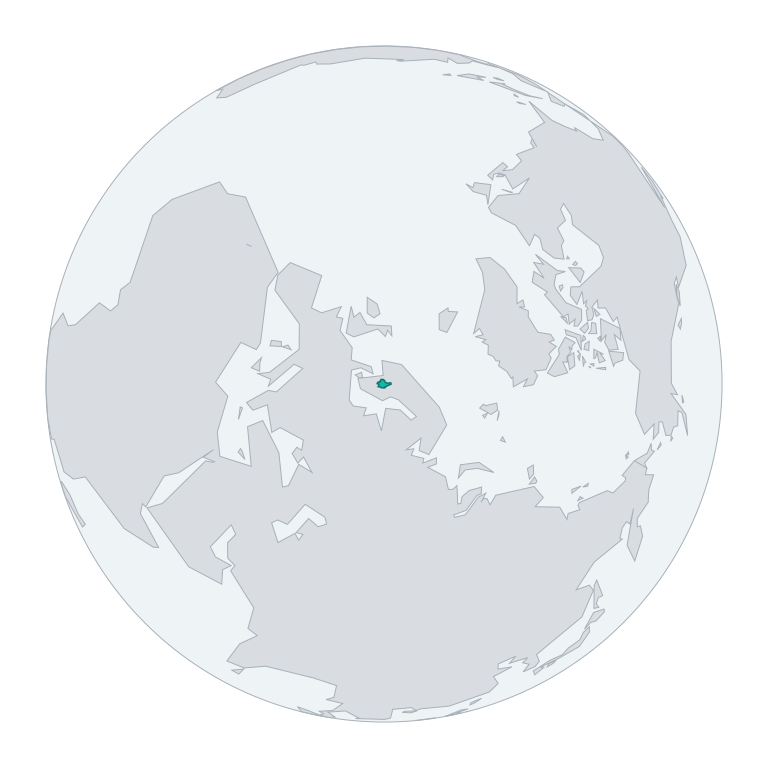 Värmland on an orthographic globe, rotated 101°
{"feature_id": "SWE-188", "entity_name": "Värmland", "entity_type": "County", "adm_level": 1, "iso_a3": "SWE", "parent_name": "Sweden", "parent_adm1": "", "projection": "orthographic", "projection_center": [13.103, 59.9], "detail": "fine", "context": "on_globe", "style": "filled", "palette": "teal", "viewbox_px": 768, "rotation_deg": 101, "n_neighbors": 0, "source": "natural_earth", "source_scale": "10m", "svg_char_len": 12349}
<svg xmlns="http://www.w3.org/2000/svg" viewBox="0 0 768 768"><g transform="rotate(101 384 384)"><circle cx="384" cy="384" r="338" fill="#eef3f6" stroke="#a8b0b8"/><path d="M46.4,368.9L46.8,371.4L49.7,353.0L50.5,344.3L49.6,342.5L55.0,310.9L60.7,292.7L97.1,206.5L105.1,194.6L111.8,187.2L157.3,142.1L122.1,172.7L133.5,159.7L148.8,145.3L147.8,147.5L168.3,132.8L183.0,121.4L209.9,110.0L232.6,113.3L223.3,117.4L229.8,118.3L242.0,113.4L248.4,110.0L287.3,110.3L328.4,102.1L338.6,93.8L338.5,100.5L356.2,81.8L376.8,76.1L355.1,86.2L354.1,90.2L368.9,87.8L371.1,91.5L379.5,92.6L380.8,97.4L368.1,103.5L368.7,106.9L379.1,105.1L386.9,109.2L371.6,111.2L383.7,118.7L364.7,131.5L322.4,135.1L313.3,148.1L273.8,168.0L278.9,170.9L267.1,181.1L268.6,188.4L260.8,190.5L268.8,194.6L275.6,191.3L281.3,192.1L282.9,196.3L273.2,199.5L271.0,197.9L269.0,201.1L263.5,201.0L267.1,203.4L255.2,207.2L269.1,209.8L261.4,218.1L253.0,219.0L251.2,210.6L227.1,193.5L218.0,192.7L207.0,199.5L191.7,229.3L182.8,232.2L172.6,242.3L178.7,244.1L188.8,237.1L197.7,243.6L209.0,234.8L214.3,236.3L227.1,231.1L227.9,241.0L221.8,253.7L211.3,258.8L208.3,264.7L220.6,267.6L203.2,285.1L195.5,311.2L190.7,315.1L177.2,308.0L171.4,287.8L154.0,280.6L168.0,294.8L155.7,305.1L154.9,311.0L157.2,316.3L162.9,316.3L159.3,322.0L144.0,309.6L147.1,304.2L151.9,308.0L149.1,298.8L138.7,291.5L133.3,297.8L123.3,281.6L119.3,286.1L114.9,285.4L122.0,279.2L109.1,290.3L96.6,276.3L78.8,295.7L93.2,269.4L96.5,256.6L99.0,243.3L95.9,246.1L103.3,226.0L102.9,215.3L92.4,222.6L81.6,239.2L74.5,259.9L77.1,260.1L74.6,273.8L66.1,279.0L60.1,307.4L54.8,316.8L51.7,330.8L51.2,342.2L49.9,358.8L52.6,361.4L55.3,373.1L51.7,383.4L56.1,382.9L55.6,396.4L63.3,426.9L61.8,426.9L67.7,464.6L80.0,497.5L82.8,511.2L80.8,512.4L86.4,523.2L86.6,526.3L114.2,567.9L132.7,593.6L135.1,602.8L125.4,598.5L128.0,604.6L112.1,584.6L97.7,563.5L85.0,541.4L73.9,518.3L64.7,494.5L57.2,470.1L51.7,445.2L48.0,419.9L46.2,394.4L46.4,368.9ZM73.8,300.0L67.4,338.3L66.2,322.3L67.3,324.0L70.0,313.0L73.3,295.7L73.6,282.7L73.8,300.0ZM81.8,304.0L82.6,298.1L82.5,303.1L81.8,304.0ZM250.9,108.1L242.0,113.0L230.2,116.3L237.3,111.7L250.9,108.1ZM273.5,103.6L270.0,106.6L263.0,104.6L267.2,103.5L273.5,103.6ZM345.5,87.4L337.9,89.4L344.5,86.3L345.5,87.4ZM380.4,92.0L381.9,90.3L385.6,91.7L380.4,92.0ZM225.7,226.0L226.3,228.5L223.6,228.2L225.7,226.0ZM230.7,221.6L227.1,219.5L228.9,217.0L231.1,218.4L230.7,221.6ZM391.1,100.3L396.6,103.3L388.8,101.3L391.1,100.3ZM234.6,224.8L232.6,213.1L235.9,208.9L246.9,210.7L234.6,224.8ZM398.4,105.7L412.0,113.2L416.4,110.0L411.5,123.6L401.6,112.4L391.2,110.4L397.8,108.9L398.4,105.7ZM277.1,188.5L269.9,192.2L274.5,185.3L277.1,188.5ZM278.6,184.0L284.5,162.8L295.9,159.8L291.6,167.3L305.2,160.7L307.9,169.6L301.0,175.3L293.1,175.3L300.1,178.8L278.6,184.0ZM406.6,130.2L408.0,133.1L404.1,131.3L406.6,130.2ZM284.0,191.9L284.1,187.8L294.0,184.8L295.5,192.7L291.8,191.1L284.0,191.9ZM307.5,154.8L315.1,154.2L319.3,161.2L322.8,162.0L308.9,169.6L307.5,154.8ZM290.3,193.9L295.9,196.8L292.7,202.1L284.5,195.9L290.3,193.9ZM296.0,180.8L300.7,179.9L298.5,182.9L296.0,180.8ZM284.2,223.1L284.2,217.8L289.3,215.7L284.2,223.1ZM298.3,197.6L299.4,195.8L301.4,194.5L304.3,197.5L298.3,197.6ZM312.9,174.2L313.0,177.3L318.8,171.4L322.2,176.7L312.3,180.9L318.0,181.3L319.0,182.9L309.8,184.6L312.9,174.2ZM313.4,196.7L301.9,204.4L300.8,214.4L296.2,216.5L298.8,200.0L313.4,196.7ZM312.1,189.4L311.8,194.3L306.2,194.2L302.9,190.7L312.1,189.4ZM328.1,178.8L325.4,169.6L327.6,169.1L328.1,178.8ZM314.2,199.6L316.9,197.7L314.7,200.3L314.2,199.6ZM325.0,185.2L323.8,181.9L326.4,181.3L325.0,185.2ZM323.4,196.8L319.7,199.2L317.3,196.9L323.4,196.8ZM325.1,191.5L328.9,191.5L318.7,194.6L324.1,190.1L325.1,191.5ZM327.7,185.1L328.8,183.7L327.8,186.6L327.7,185.1ZM334.5,204.6L322.2,209.1L317.0,203.7L329.7,200.1L334.5,204.6ZM404.5,721.3L395.1,721.3L375.7,712.6L387.1,705.3L384.8,698.3L358.6,678.8L364.5,666.4L357.0,660.3L341.7,660.6L332.7,652.7L323.3,651.3L262.8,643.1L243.2,627.2L217.0,584.0L227.1,573.8L226.9,555.6L294.6,509.2L311.2,516.9L367.2,513.1L374.6,515.9L370.5,532.5L414.4,549.7L425.7,535.0L463.0,538.5L486.3,531.3L490.2,498.6L452.0,509.8L443.0,496.1L471.5,474.1L504.5,464.0L502.0,458.4L479.1,452.3L484.6,437.8L471.0,449.1L478.1,453.5L469.7,460.9L462.7,457.4L464.9,452.2L454.4,452.4L446.6,477.7L453.0,484.9L426.7,494.5L434.8,507.7L428.4,515.5L412.3,496.3L412.3,488.1L384.2,466.7L381.8,476.0L408.2,497.1L400.9,496.1L397.9,509.8L394.4,498.6L366.2,473.9L341.1,478.6L312.7,509.0L297.3,509.0L282.7,499.2L289.5,465.8L323.2,469.8L326.0,458.8L316.2,440.6L327.3,443.6L327.4,436.9L339.8,437.4L354.4,422.2L366.6,420.8L369.4,399.9L376.1,396.6L372.5,409.8L376.5,418.6L406.4,415.1L411.4,410.1L410.8,396.9L419.1,398.0L414.8,385.8L430.6,377.6L407.6,377.7L406.4,363.2L414.3,350.5L409.7,345.9L396.8,366.7L395.4,375.2L400.7,382.2L393.1,406.2L383.5,410.7L375.8,386.4L361.2,390.5L361.6,370.4L396.3,325.2L412.3,314.6L444.7,326.5L442.7,336.7L430.0,337.3L444.4,349.7L441.9,342.4L448.8,343.6L449.4,330.7L454.3,330.9L446.4,318.4L452.5,317.3L457.4,325.2L463.3,306.0L475.2,300.6L474.2,296.2L469.8,293.0L487.8,288.7L486.2,285.7L479.7,285.9L472.4,280.1L466.5,268.5L473.1,267.7L476.1,271.7L492.3,279.3L499.3,290.7L501.4,289.2L496.9,279.2L477.1,269.8L471.7,263.2L481.5,266.1L477.5,264.5L476.9,261.0L482.4,256.8L471.8,253.0L456.0,217.1L465.1,206.0L475.6,212.2L471.4,188.0L482.0,178.5L476.0,178.6L469.9,167.7L466.5,170.5L463.2,169.7L446.1,144.5L447.2,138.4L433.0,128.7L429.9,128.9L428.3,132.8L411.5,123.6L416.4,110.0L423.2,110.2L421.7,102.0L437.4,103.9L449.6,102.1L467.7,109.8L475.8,108.1L474.3,105.2L484.1,101.1L509.9,104.1L495.9,114.6L458.6,115.3L474.5,115.8L472.9,119.8L479.8,122.6L490.8,123.0L490.8,120.5L518.9,143.8L549.4,156.1L542.3,144.1L546.4,139.1L574.9,145.3L620.5,182.7L626.5,178.6L632.6,181.8L640.0,192.5L631.4,188.1L631.2,194.7L625.2,190.8L634.2,207.5L626.0,202.7L637.0,218.5L642.1,217.7L637.2,204.4L650.3,220.7L656.2,214.8L666.2,221.8L687.8,258.7L695.8,285.8L698.3,290.1L696.5,295.6L701.7,313.4L710.7,313.8L713.1,319.3L717.9,348.3L716.7,344.9L712.3,359.6L716.8,376.3L720.3,368.4L721.8,374.4L721.4,384.6L719.3,380.2L717.6,385.1L714.3,372.1L705.5,363.6L704.8,380.7L701.2,373.4L689.1,373.0L686.0,397.5L683.6,446.4L689.4,467.0L685.9,485.4L666.5,476.0L655.2,460.4L649.9,470.9L628.6,469.1L596.6,498.9L590.6,495.7L584.9,504.1L569.6,507.3L559.9,500.8L551.4,507.1L576.9,523.4L585.9,516.4L591.4,499.4L597.0,507.0L611.5,505.1L600.7,540.8L550.8,593.0L543.5,578.6L493.4,544.3L493.6,537.4L493.3,536.8L492.6,535.6L490.4,547.4L481.0,538.9L510.3,568.6L516.2,582.3L550.1,594.4L547.5,598.4L557.7,598.4L587.5,574.0L588.2,579.3L575.5,611.4L532.2,659.5L536.6,670.7L531.3,681.3L501.5,697.0L501.3,700.0L485.5,705.9L482.6,707.2L480.5,707.8L455.5,714.3L430.1,718.8L404.5,721.3ZM274.2,540.1L273.0,545.8L274.2,540.1ZM541.8,467.8L559.9,457.8L547.6,442.9L553.6,438.0L547.2,434.9L546.6,441.9L530.4,432.3L536.7,421.4L532.4,413.6L526.0,416.7L517.1,438.4L540.2,452.0L537.8,462.6L541.8,467.8ZM63.7,427.7L64.2,433.4L62.6,428.5L63.7,427.7ZM63.5,324.0L63.4,330.5L62.4,335.3L62.1,331.0L63.5,324.0ZM68.3,377.3L69.3,385.4L67.1,378.7L68.3,377.3ZM67.0,344.0L67.3,371.2L63.4,359.5L63.5,342.5L64.9,351.8L67.0,344.0ZM76.8,306.5L76.1,311.2L74.6,311.7L76.8,306.5ZM81.8,307.7L81.7,306.3L83.1,302.9L81.8,307.7ZM156.7,305.8L157.8,307.0L159.0,312.9L156.1,311.4L156.7,305.8ZM178.1,333.1L171.8,341.8L174.3,334.3L169.1,333.5L167.9,317.1L188.2,316.2L179.2,319.4L178.1,333.1ZM171.9,295.7L170.4,305.7L171.3,294.8L171.9,295.7ZM315.8,401.3L321.0,406.5L317.6,414.0L302.1,417.0L306.8,406.0L315.8,401.3ZM329.1,412.1L325.7,387.9L335.2,385.5L330.5,390.8L337.1,391.7L331.2,400.6L343.5,422.6L341.3,430.8L313.9,431.1L324.1,426.3L318.4,421.3L329.1,412.1ZM300.5,334.8L299.2,325.5L321.4,332.1L320.1,340.1L304.6,343.3L297.1,335.7L300.5,334.8ZM254.4,230.8L252.5,227.7L255.2,226.7L259.0,228.4L254.4,230.8ZM283.8,220.7L265.7,243.5L262.6,241.0L255.8,258.0L244.8,258.2L249.6,247.0L236.1,260.2L236.0,250.3L227.8,260.1L239.6,235.3L239.0,227.3L243.8,236.1L253.9,236.0L258.0,233.6L269.4,221.0L273.1,204.3L283.7,202.1L290.2,204.9L290.9,208.6L283.8,208.8L289.9,213.6L280.2,216.7L283.8,220.7ZM360.1,246.6L351.6,244.1L362.1,256.5L352.5,258.8L354.3,260.1L348.3,265.7L344.2,275.0L339.4,274.7L339.9,278.4L335.9,282.4L334.9,287.6L326.0,289.0L324.1,295.6L321.0,292.5L320.1,303.5L316.8,296.1L311.3,300.9L317.4,305.6L272.0,303.1L255.6,308.6L243.6,317.6L239.6,304.2L248.2,287.6L263.3,271.9L279.8,268.8L275.0,263.7L281.5,260.7L282.5,266.1L284.7,256.2L290.4,255.3L303.8,242.9L303.5,229.8L308.4,225.2L311.3,229.9L314.1,222.0L323.0,227.9L326.7,224.8L339.1,227.7L342.6,239.0L346.5,234.8L356.1,237.1L360.1,246.6ZM337.9,205.8L344.3,218.1L342.1,225.7L321.4,217.5L316.8,219.4L303.4,215.0L306.9,204.3L310.4,206.5L314.6,206.2L311.8,209.7L317.2,206.7L322.2,209.7L327.7,208.3L328.2,212.7L337.9,205.8ZM381.5,509.3L387.0,509.8L395.2,508.6L393.4,517.4L381.5,509.3ZM362.0,492.9L366.7,491.8L368.3,503.2L362.6,502.8L362.0,492.9ZM368.0,481.7L366.9,490.8L364.1,485.7L368.0,481.7ZM376.7,408.2L381.6,406.3L382.6,409.3L380.6,414.0L376.7,408.2ZM389.4,285.5L384.8,282.5L386.0,280.5L381.2,269.7L388.0,267.5L393.5,273.1L389.4,285.5ZM484.5,506.2L478.6,514.2L474.7,512.5L477.5,510.1L484.5,506.2ZM434.5,518.4L446.6,520.1L433.9,520.8L434.5,518.4ZM396.0,281.3L393.2,277.0L398.3,278.6L396.0,281.3ZM392.7,265.3L398.4,266.0L388.2,266.0L392.7,265.3ZM581.9,652.7L555.3,675.3L541.5,682.9L541.3,681.9L552.8,671.1L569.7,659.6L578.7,650.4L581.9,652.7ZM721.4,402.0L717.3,407.4L718.9,397.0L721.9,380.6L721.4,402.0ZM690.6,467.4L696.5,471.2L693.9,478.8L690.6,467.4ZM702.4,270.9L708.3,289.0L701.8,269.6L702.4,270.9ZM696.5,256.4L697.8,259.1L697.9,260.4L696.5,256.4ZM701.6,294.8L702.9,303.4L701.3,301.3L698.5,289.1L701.6,294.8ZM673.9,228.2L680.2,234.7L682.6,238.4L680.2,237.9L673.9,228.2ZM449.9,259.2L449.0,276.4L452.9,288.0L462.1,293.0L448.7,293.6L442.8,275.7L449.9,259.2ZM454.6,222.2L446.5,218.4L450.1,215.5L452.4,216.0L454.6,222.2ZM449.6,223.1L439.5,227.1L435.0,222.0L443.9,219.9L449.6,223.1ZM417.9,253.8L417.2,258.9L413.1,257.5L417.9,253.8ZM698.2,259.8L697.1,257.0L695.0,251.9L697.3,257.3L698.2,259.8ZM690.0,240.5L689.6,239.7L689.6,239.9L690.0,240.5ZM693.5,250.7L692.0,245.1L696.9,257.9L689.4,246.3L686.8,239.4L693.5,250.7ZM630.5,169.8L626.9,168.6L622.4,162.3L626.1,164.8L630.5,169.8ZM604.3,142.1L620.0,160.3L632.0,176.0L631.7,173.0L640.7,180.6L637.2,182.7L623.6,168.4L615.8,157.4L607.8,152.5L597.9,143.1L589.6,140.8L583.1,136.1L588.2,135.0L604.3,142.1ZM586.3,140.4L568.3,134.6L562.9,125.1L565.6,124.2L576.2,130.7L578.4,135.3L586.3,140.4ZM562.3,130.5L564.2,135.1L541.9,139.2L535.8,137.8L550.0,128.9L552.6,132.8L559.1,133.7L562.3,130.5ZM411.2,131.9L408.3,133.0L409.2,130.4L411.2,131.9ZM461.5,171.5L457.1,170.1L458.2,166.9L461.5,171.5ZM445.5,164.6L447.2,169.1L442.6,164.6L445.5,164.6ZM451.7,179.5L446.6,171.1L455.4,178.7L451.7,179.5Z" fill="#d9dde1" stroke="#a8b0b8" stroke-width="1"/><path d="M382.8,377.3L382.9,377.2L383.0,377.4L383.0,377.5L384.0,378.6L384.1,378.8L384.3,379.2L384.3,379.3L384.5,379.4L384.9,380.1L385.0,380.3L385.0,380.5L385.2,380.8L385.6,380.9L385.6,381.0L386.2,381.9L386.5,382.2L386.5,381.9L387.0,381.9L387.0,382.0L387.2,382.4L387.3,382.4L387.3,382.6L388.0,383.2L388.0,383.4L387.7,383.5L387.8,383.7L387.9,383.8L388.0,384.4L388.0,384.8L388.0,385.0L388.0,385.3L388.1,385.5L388.1,385.8L388.0,386.0L388.0,386.3L388.1,386.5L387.9,386.7L387.9,386.8L387.8,387.0L387.7,387.3L387.7,387.5L387.7,387.9L387.6,388.0L387.7,388.3L387.7,388.6L387.7,388.9L387.7,389.2L387.4,389.0L385.6,389.0L385.4,389.1L385.2,389.3L385.1,389.5L385.0,389.8L384.9,389.9L384.9,390.2L384.9,390.3L385.0,390.7L385.0,390.8L384.9,390.8L384.6,390.8L383.5,390.4L383.3,389.4L383.0,389.0L383.0,388.9L383.0,388.6L382.9,388.4L382.7,388.3L382.5,388.5L382.4,388.6L382.3,388.4L382.2,388.5L382.1,388.4L381.9,388.3L381.9,388.2L382.0,388.2L381.8,388.2L381.7,388.2L381.4,388.0L381.4,387.8L381.2,387.8L381.0,388.0L380.9,388.1L380.6,387.9L380.4,387.9L380.1,387.8L380.1,387.7L380.0,387.1L379.7,386.0L379.7,385.8L379.7,385.7L379.8,385.6L380.2,385.4L380.3,385.3L380.4,385.1L380.4,384.7L380.3,384.4L380.3,384.1L380.6,384.0L381.0,384.0L381.6,383.6L382.1,383.1L382.2,382.9L382.3,382.7L382.3,382.4L382.3,382.2L382.2,381.9L382.2,381.7L382.3,381.5L382.4,381.3L382.5,381.2L382.6,380.9L382.6,380.7L382.5,380.4L382.2,379.5L381.9,378.9L381.8,378.7L381.7,378.1L381.7,377.9L381.6,377.6L381.6,377.4L382.3,377.2L382.5,377.2L382.8,377.3Z" fill="#14b8a6" stroke="#0f766e" stroke-width="1.5"/></g></svg>